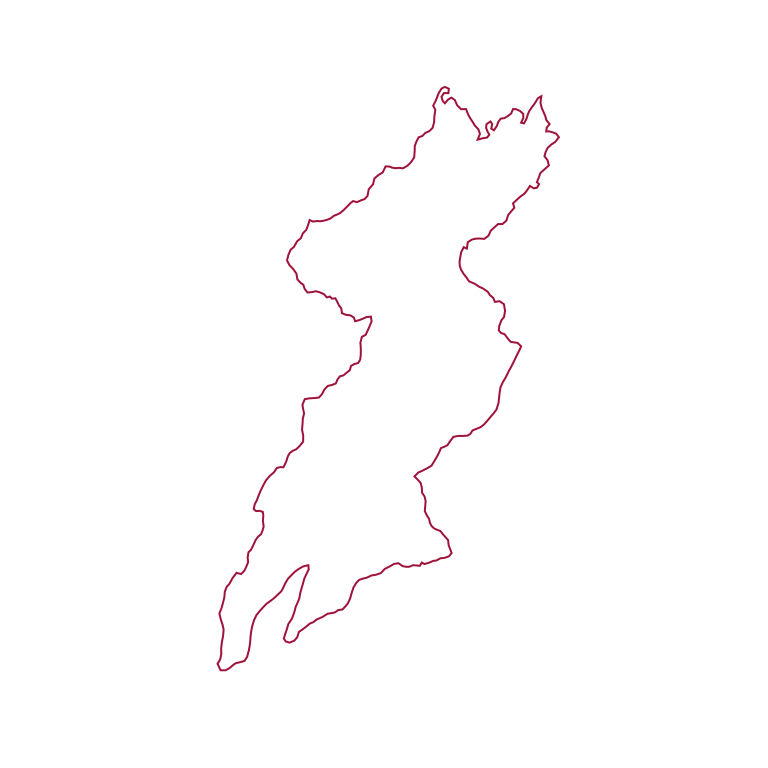 the district of Claro dos Poções, Minas Gerais, Brazil, rotated 194°
{"feature_id": "56859067B92506852264935", "entity_name": "Claro dos Poções", "entity_type": "district", "adm_level": 2, "iso_a3": "BRA", "parent_name": "Brazil", "parent_adm1": "Minas Gerais", "projection": "equal_earth", "projection_center": [-44.226, -17.057], "detail": "fine", "context": "isolated", "style": "outline", "palette": "rose", "viewbox_px": 768, "rotation_deg": 194, "n_neighbors": 0, "source": "geoboundaries", "source_scale": "gbopen_adm2", "svg_char_len": 5551}
<svg xmlns="http://www.w3.org/2000/svg" viewBox="0 0 768 768"><g transform="rotate(194 384 384)"><path d="M502.8,501.5L504.6,495.2L507.1,491.7L508.0,486.3L508.0,480.4L504.5,476.5L499.8,473.5L495.6,469.8L493.4,464.6L489.7,462.1L486.3,460.8L484.0,457.1L480.4,454.3L476.4,455.6L472.6,457.5L468.9,457.5L463.9,456.6L460.4,454.2L457.6,455.8L455.1,454.2L451.9,455.4L449.3,452.5L446.6,449.3L443.7,447.0L442.0,442.6L437.6,441.9L433.3,442.5L429.3,441.2L427.2,437.9L423.4,440.0L420.4,442.2L417.0,444.8L413.0,446.2L411.2,441.8L412.2,435.0L413.7,427.2L416.9,424.4L416.9,418.5L415.1,412.9L413.6,406.7L413.0,401.8L414.2,398.1L417.6,396.2L420.4,393.5L420.5,389.1L423.1,385.8L425.4,382.6L428.6,380.8L430.1,377.6L430.9,372.9L433.9,370.7L438.1,368.5L440.5,364.2L441.7,359.1L443.9,355.1L448.5,353.4L453.0,352.0L457.2,350.1L458.1,344.1L456.4,340.1L454.4,336.1L454.4,330.7L453.4,325.7L452.5,319.9L449.9,314.4L448.5,308.4L451.0,303.2L453.4,299.4L456.4,297.1L458.7,294.3L459.8,290.7L460.1,284.8L461.5,278.8L464.6,278.3L467.7,276.5L469.4,271.7L472.7,267.1L475.2,261.9L476.6,256.6L478.0,250.2L478.8,244.5L479.2,240.6L480.3,236.2L480.2,231.2L477.4,229.7L474.1,230.8L470.7,230.6L469.3,227.3L468.4,222.0L466.3,216.6L466.4,212.4L467.0,208.4L469.2,205.5L470.8,201.6L471.9,195.6L473.0,190.8L474.8,187.9L474.3,182.6L472.7,178.2L473.5,173.0L474.3,169.1L476.7,165.0L481.4,165.1L484.0,159.0L485.6,152.8L487.6,149.0L488.2,143.8L487.3,138.4L487.3,132.9L487.4,127.6L488.2,121.5L485.3,115.9L482.5,111.5L480.2,106.9L479.2,100.6L478.8,93.9L478.1,88.3L476.6,82.8L476.3,77.2L477.8,72.3L473.3,66.7L468.4,67.9L464.8,71.4L462.5,74.7L460.3,77.2L456.3,79.3L452.4,81.5L450.8,86.0L450.7,93.1L451.1,98.8L451.7,102.7L452.4,106.9L453.0,111.7L453.3,116.7L453.0,123.2L451.9,128.8L449.7,133.6L447.0,138.6L444.8,142.4L441.8,145.9L439.5,148.8L437.5,151.7L435.5,154.9L433.5,158.0L432.5,161.9L431.5,167.1L429.9,172.2L427.7,175.9L425.1,180.3L421.8,184.1L418.4,187.4L413.6,189.9L412.2,186.0L413.1,181.8L414.2,176.3L414.4,170.1L414.7,161.3L414.3,155.3L415.0,150.7L415.8,146.3L415.8,141.5L416.5,134.2L418.7,128.1L419.0,121.7L419.4,117.3L419.6,112.7L417.0,110.4L413.1,110.2L409.0,113.2L406.9,117.3L406.6,122.8L404.0,125.8L400.5,130.1L398.0,133.6L395.1,135.7L392.1,139.4L387.2,143.2L383.2,147.4L379.7,148.9L376.2,150.6L373.7,153.6L369.8,155.1L367.8,158.6L366.0,162.4L365.0,167.6L364.8,173.9L364.4,179.1L362.7,184.5L360.7,187.9L357.7,189.9L354.0,191.8L350.0,195.1L345.6,197.0L341.4,199.7L338.5,204.8L334.4,208.3L330.8,211.8L326.7,213.6L321.8,211.8L318.4,212.0L315.4,212.7L312.0,215.2L308.5,215.8L305.3,216.2L304.1,219.9L301.3,219.1L297.8,221.0L293.2,224.4L290.5,225.4L287.1,228.5L283.1,230.0L279.1,232.7L277.5,236.4L279.7,239.6L282.2,243.1L284.1,248.1L287.7,250.6L290.6,252.5L293.7,255.0L297.0,255.4L300.0,255.8L303.2,257.5L305.7,260.2L307.6,264.0L311.0,267.3L313.7,270.7L314.4,275.3L315.3,280.5L317.2,284.4L320.8,287.8L322.1,292.3L324.5,296.9L328.4,299.5L332.1,301.7L329.2,306.5L325.7,309.2L321.7,312.7L318.1,316.3L316.3,322.1L314.8,327.3L313.8,331.7L313.3,335.5L310.2,337.8L307.7,339.9L306.1,344.3L303.9,349.5L299.4,351.6L294.5,352.8L290.5,354.1L288.2,356.4L286.9,360.3L283.8,362.6L279.8,365.5L277.2,368.9L275.2,372.6L273.0,377.2L270.6,382.0L268.7,386.4L268.3,393.1L269.1,399.3L269.7,403.3L270.2,408.9L269.1,414.7L267.6,419.5L266.2,426.0L264.6,432.1L263.6,436.6L262.3,442.9L261.1,448.2L260.0,453.7L264.3,456.2L268.2,455.8L271.5,455.6L274.9,458.1L279.1,461.5L282.8,461.8L285.6,463.8L286.2,468.2L285.5,474.2L283.7,478.2L284.3,484.4L286.9,490.4L291.8,492.3L296.3,490.5L298.8,494.0L302.8,495.9L305.5,498.5L308.4,499.6L311.2,500.7L315.0,501.3L319.2,502.9L322.5,503.6L326.4,504.2L329.6,507.2L333.4,510.1L336.9,513.6L339.0,516.9L340.3,520.9L340.7,525.8L341.0,530.6L339.7,536.1L336.4,535.4L337.0,541.9L333.5,545.5L330.2,547.2L326.8,548.2L321.8,549.1L318.5,553.2L317.5,558.6L314.6,563.0L312.0,566.8L307.8,567.8L304.8,572.1L304.4,578.0L302.5,582.0L300.2,586.5L302.5,590.5L299.8,594.7L297.0,598.9L293.8,602.6L292.0,606.7L290.3,611.5L286.2,610.1L283.1,611.4L281.9,615.5L284.5,616.8L283.8,621.4L283.3,626.5L280.5,630.7L276.9,636.0L279.5,640.8L283.4,643.8L283.3,648.0L282.3,652.8L279.6,656.8L276.4,660.3L274.0,665.7L277.4,668.5L281.1,669.0L284.7,669.1L287.7,668.3L288.1,672.2L286.2,676.3L290.2,679.3L292.5,683.2L295.4,687.0L297.8,690.1L300.2,694.7L301.0,701.3L303.8,698.5L305.6,692.7L307.8,687.4L309.1,683.9L309.7,680.1L309.9,675.8L311.2,670.7L314.2,670.7L313.2,675.8L314.2,679.7L317.9,681.8L322.4,682.6L325.3,682.0L326.1,677.2L328.5,674.1L331.4,671.2L334.9,669.7L336.6,665.8L336.9,661.8L338.7,656.8L341.7,657.7L341.9,662.4L344.2,664.5L347.4,660.9L346.9,657.2L344.7,654.1L342.1,651.3L343.6,648.1L348.1,646.1L352.2,643.8L351.4,649.9L354.0,653.9L358.5,656.8L361.1,659.5L363.9,662.0L367.5,665.7L370.9,670.6L375.7,669.3L380.5,672.2L383.9,676.6L387.8,678.2L390.7,675.4L392.8,671.1L395.5,672.8L397.7,676.6L396.2,680.8L391.9,681.8L392.5,686.2L396.9,687.0L399.7,684.5L401.4,679.1L402.2,672.2L403.6,665.9L400.5,662.4L399.9,656.1L398.7,650.1L398.8,644.3L401.2,640.3L404.5,637.8L406.8,633.9L410.0,631.8L411.2,627.0L411.7,622.4L410.6,617.4L409.5,611.1L411.6,605.4L414.2,601.3L417.9,597.8L421.6,597.4L424.9,596.2L428.7,595.9L431.7,596.3L435.1,595.5L436.5,588.8L440.1,585.3L443.0,581.1L443.0,575.1L445.9,569.3L445.5,562.5L447.6,558.7L450.4,556.9L454.2,553.9L458.3,554.0L460.4,551.3L462.6,547.4L465.5,542.6L468.0,539.2L470.5,537.1L473.4,535.0L475.9,531.8L478.7,529.7L482.0,527.9L485.2,526.5L488.9,525.8L492.2,524.4L495.8,525.1L496.2,518.8L496.7,514.8L499.2,510.5L499.9,505.4L502.8,501.5Z" fill="none" stroke="#9f1239" stroke-width="2"/></g></svg>